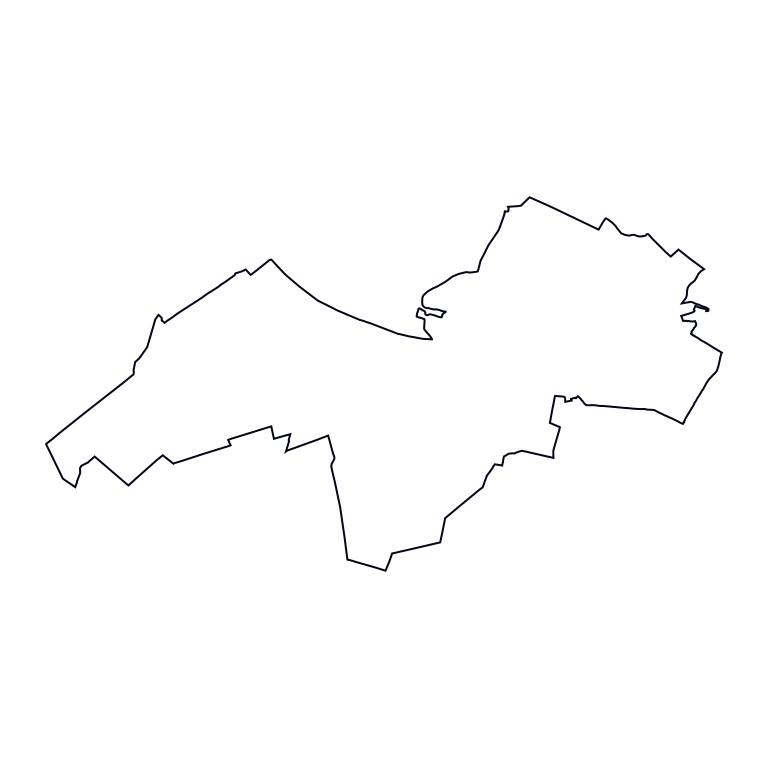 the district of Ortisoara, Timis, Romania
{"feature_id": "2599482B24150767318125", "entity_name": "Ortisoara", "entity_type": "district", "adm_level": 2, "iso_a3": "ROU", "parent_name": "Romania", "parent_adm1": "Timis", "projection": "natural_earth1", "projection_center": [21.264, 45.956], "detail": "fine", "context": "isolated", "style": "outline", "palette": "ink", "viewbox_px": 768, "rotation_deg": 0, "n_neighbors": 0, "source": "geoboundaries", "source_scale": "gbopen_adm2", "svg_char_len": 6084}
<svg xmlns="http://www.w3.org/2000/svg" viewBox="0 0 768 768"><path d="M440.2,542.4L442.5,531.6L445.2,518.0L445.6,517.8L459.8,505.9L479.1,490.0L482.8,487.2L484.1,483.3L486.9,475.7L487.3,475.1L490.8,470.5L491.4,469.6L492.1,468.6L492.7,467.7L493.1,466.7L494.8,464.3L502.2,465.5L502.4,464.1L503.0,461.9L503.4,458.8L504.1,456.3L506.6,455.1L507.1,454.6L508.4,453.9L509.1,453.7L510.7,453.5L512.3,453.3L513.0,453.3L514.6,453.5L515.9,452.6L516.5,452.4L518.2,452.0L519.5,451.4L522.3,450.8L553.4,457.9L553.3,451.2L553.8,448.8L558.7,432.0L559.4,429.6L559.9,427.2L559.5,426.9L558.3,426.5L549.9,422.9L552.1,410.7L553.1,405.5L553.5,403.9L554.9,396.1L555.1,395.9L556.9,396.1L561.1,396.4L563.7,396.7L564.4,396.9L564.9,397.5L565.1,398.5L565.2,400.6L565.2,401.8L566.6,401.6L571.6,400.5L571.0,399.2L571.0,398.9L575.5,397.7L576.0,398.2L577.9,396.2L578.1,396.3L581.0,399.2L581.5,400.0L583.0,401.6L584.2,403.4L585.8,404.8L586.4,405.2L586.6,405.2L588.7,405.3L592.2,405.1L595.1,405.3L597.8,405.6L598.6,405.8L600.5,406.0L601.5,405.9L604.9,406.1L625.4,408.0L627.6,408.1L633.6,408.7L640.1,409.1L644.3,409.0L645.5,409.2L647.3,409.6L653.3,409.9L654.7,410.3L660.2,413.2L661.6,413.7L665.0,415.5L666.5,416.0L669.3,417.4L670.8,417.9L676.7,420.8L677.3,421.0L679.6,422.4L682.9,423.9L683.1,423.2L683.4,422.9L684.0,422.6L683.8,422.3L683.7,422.1L684.3,421.3L685.4,418.7L694.2,404.0L694.2,403.5L695.0,402.2L695.6,401.4L696.3,400.3L696.5,399.8L696.7,399.5L697.8,397.4L698.7,396.2L701.2,392.2L702.2,390.3L702.8,389.7L703.2,389.1L705.2,385.4L705.5,384.9L705.9,384.0L707.1,382.1L709.2,379.0L711.3,377.0L712.0,376.1L712.9,375.2L713.0,375.0L714.8,373.4L716.5,371.3L717.6,368.7L717.7,368.2L718.1,367.2L719.2,362.8L720.1,358.4L720.1,357.9L720.3,357.3L721.0,354.3L721.9,352.7L714.2,348.1L705.8,342.9L700.4,339.9L698.6,338.4L695.9,336.9L692.1,334.6L691.0,333.9L691.0,333.5L691.3,333.4L691.5,333.2L691.7,332.7L691.7,332.2L691.6,331.5L691.7,331.2L691.9,330.9L692.7,330.3L693.0,329.8L693.5,329.1L693.9,328.1L694.1,327.8L694.9,327.2L695.6,326.1L695.8,325.8L695.8,325.4L696.1,325.1L696.2,324.5L696.1,324.2L696.2,323.7L695.0,321.1L694.0,321.4L692.2,321.5L690.1,321.3L688.4,321.0L687.2,321.1L686.7,320.9L684.5,320.8L684.0,320.8L683.2,321.1L683.0,320.8L682.7,320.2L682.3,318.6L681.2,315.9L690.4,313.2L692.5,312.4L694.1,311.5L694.4,311.2L694.6,310.7L693.8,309.7L695.3,306.3L695.4,306.0L699.7,307.7L701.5,308.2L706.4,309.1L706.5,309.4L706.2,311.1L708.3,310.8L708.4,309.9L708.5,309.8L708.6,309.6L708.5,309.1L707.9,308.6L706.6,308.1L706.5,307.7L705.7,307.3L702.9,306.5L699.5,305.1L698.4,304.5L696.5,304.1L695.8,303.8L694.4,303.1L693.4,302.7L691.6,302.0L690.5,301.9L681.9,303.4L684.5,299.8L685.9,298.2L686.7,295.7L687.0,292.9L687.1,290.4L687.7,287.9L689.0,285.7L690.1,284.3L692.6,282.4L694.7,280.6L696.3,278.0L698.4,273.9L700.9,271.2L704.1,269.2L696.2,263.3L689.9,258.7L678.5,249.6L670.7,256.6L665.1,251.5L652.6,239.0L648.3,234.2L647.2,234.1L646.4,234.4L646.0,235.4L644.4,235.9L641.1,236.5L638.9,236.4L636.1,235.6L634.4,234.9L632.8,234.9L631.1,235.1L630.1,235.5L629.3,235.5L628.2,235.5L625.0,234.9L621.4,233.4L619.9,231.7L616.8,227.9L615.6,226.0L613.9,224.3L612.3,222.7L608.2,219.6L606.2,218.4L605.5,218.5L603.1,221.9L598.6,229.6L554.7,208.6L548.9,205.9L529.6,197.3L521.7,204.9L521.2,205.6L518.3,206.1L508.0,206.8L508.4,207.6L508.6,208.4L508.4,210.8L508.3,211.2L506.7,211.6L504.9,211.2L504.7,211.4L504.7,212.1L504.6,213.3L504.1,214.7L504.3,214.8L499.4,228.3L498.2,230.9L488.6,245.0L486.2,249.7L485.8,250.7L480.6,260.7L480.1,262.3L480.0,262.9L478.0,270.9L477.2,271.6L471.8,272.4L469.4,272.5L466.2,272.1L463.7,272.7L458.8,273.9L453.3,276.2L451.8,277.0L448.4,279.6L444.6,282.3L441.7,283.9L437.4,286.4L435.1,287.5L433.2,288.2L428.3,291.1L427.3,291.8L424.5,294.3L423.3,295.5L422.7,296.8L422.3,298.5L422.2,302.4L422.3,304.1L422.8,305.7L424.1,307.0L425.0,307.6L427.0,308.1L428.6,308.1L430.0,308.5L431.3,309.0L434.1,309.5L436.3,309.3L438.0,309.7L439.9,310.2L441.9,311.0L443.6,311.4L445.6,311.7L445.5,312.2L443.7,313.1L442.5,314.5L441.7,317.2L440.6,317.3L438.8,316.9L435.5,315.7L430.6,314.3L429.1,314.4L428.4,314.9L427.6,315.2L426.3,315.1L425.5,314.5L425.3,314.1L425.3,312.9L424.8,311.4L423.5,310.6L422.2,310.0L421.2,309.3L420.2,308.6L419.3,308.5L418.5,308.8L417.7,311.9L417.1,313.2L417.0,314.4L416.7,315.5L416.6,316.1L417.2,316.9L418.3,317.3L420.2,317.7L424.3,319.1L424.6,320.5L424.1,328.2L424.4,329.5L426.1,331.6L429.2,335.1L430.3,336.4L431.8,338.8L431.9,339.3L423.0,338.9L413.0,337.0L409.1,336.4L399.2,334.0L398.1,333.9L370.5,323.3L367.9,322.5L362.8,320.7L359.8,319.9L355.4,318.1L336.4,310.0L332.1,307.7L317.8,300.6L299.7,286.8L287.8,276.7L285.1,274.3L276.2,264.9L271.4,259.6L269.7,259.8L267.7,261.5L255.6,271.2L252.0,274.0L250.6,274.9L245.7,269.5L242.3,271.2L238.4,272.5L236.4,273.0L235.5,273.4L235.1,273.9L234.7,275.1L225.7,281.6L220.6,284.9L219.3,286.1L215.0,289.0L207.3,293.8L201.6,297.9L197.5,300.6L178.1,313.1L171.4,318.0L167.5,320.6L164.6,322.8L161.8,320.5L161.7,320.1L161.7,319.8L161.8,319.0L161.8,318.5L161.4,317.5L158.5,314.9L157.3,316.4L157.1,316.7L157.0,317.1L156.6,317.7L155.4,319.1L150.5,335.9L147.2,347.1L141.5,355.2L140.9,356.2L140.2,356.9L140.1,357.2L138.6,359.0L137.9,359.4L137.8,359.7L135.2,362.0L133.5,370.6L133.7,371.5L133.9,371.9L133.6,374.4L130.1,377.1L127.9,379.0L124.6,381.7L87.8,410.5L74.2,421.3L58.8,433.6L52.4,439.0L46.3,443.8L46.1,444.2L62.9,478.7L75.2,487.1L76.6,483.3L77.0,482.3L77.1,481.2L80.2,473.0L80.0,468.3L80.7,466.8L81.4,465.8L86.1,463.4L88.0,462.5L89.1,461.4L94.7,456.6L128.4,485.5L136.3,478.3L153.4,463.1L157.0,459.9L162.8,455.3L173.4,463.7L173.8,463.3L179.1,461.8L203.4,453.9L228.8,446.0L230.6,445.3L228.1,439.9L231.4,438.7L243.1,435.1L267.9,427.4L271.3,426.4L272.8,433.7L274.0,438.8L281.2,436.7L290.3,434.2L288.7,440.0L289.1,441.0L286.0,451.4L286.9,450.7L317.7,439.6L328.1,435.6L329.3,439.7L332.8,452.7L334.3,457.0L334.4,457.5L334.4,458.3L334.2,459.2L331.8,463.7L331.6,464.4L331.4,465.3L331.3,466.5L331.7,468.6L332.9,473.9L335.0,482.7L340.1,506.9L344.7,538.4L347.4,559.6L350.2,560.2L359.1,562.9L376.0,567.7L385.5,570.7L389.3,561.7L392.1,553.5L440.2,542.4Z" fill="none" stroke="#020617" stroke-width="2"/></svg>